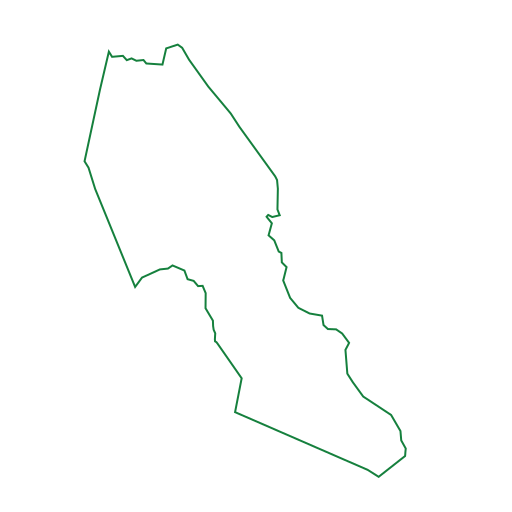 outline of Santa Rita, Guam, rotated 192°
{"feature_id": "77769853B26973637010941", "entity_name": "Santa Rita", "entity_type": "district", "adm_level": 2, "iso_a3": "GUM", "parent_name": "Guam", "parent_adm1": "", "projection": "albers", "projection_center": [144.67, 13.403], "detail": "fine", "context": "isolated", "style": "outline", "palette": "green", "viewbox_px": 512, "rotation_deg": 192, "n_neighbors": 0, "source": "geoboundaries", "source_scale": "gbopen_adm2", "svg_char_len": 1224}
<svg xmlns="http://www.w3.org/2000/svg" viewBox="0 0 512 512"><g transform="rotate(192 256 256)"><path d="M376.5,446.5L387.0,440.4L387.3,423.8L403.3,421.5L406.8,424.3L413.6,422.1L418.8,423.4L423.1,420.7L427.8,424.1L438.2,420.9L442.4,425.3L443.2,386.4L443.4,313.0L438.2,307.6L427.3,288.2L367.8,200.6L363.0,211.2L347.2,222.9L339.5,225.4L335.7,229.4L323.0,226.9L318.1,219.1L311.8,218.7L306.4,214.5L302.0,215.7L297.5,209.2L294.5,194.4L284.7,183.8L283.4,178.6L282.1,175.1L279.8,171.9L278.9,166.0L278.3,164.0L276.8,163.5L275.3,162.2L244.6,133.4L244.0,98.9L102.2,70.0L90.1,65.5L89.8,65.9L72.3,86.9L69.1,90.7L68.6,91.3L68.7,92.5L69.1,95.2L69.5,98.8L70.8,100.3L75.6,105.8L78.3,114.8L90.8,128.6L121.9,140.8L135.0,152.6L142.2,159.9L149.0,182.8L147.4,188.4L146.9,190.4L155.6,198.1L162.4,200.9L170.5,199.5L175.6,202.5L179.0,211.4L191.6,210.9L202.6,213.8L203.9,214.2L213.9,222.1L224.3,237.7L224.3,238.4L224.2,239.5L223.8,251.5L229.4,255.1L231.8,264.3L234.7,265.1L241.4,275.1L248.0,278.8L247.3,291.3L252.0,295.1L253.8,296.6L252.6,298.7L248.2,297.5L241.3,300.8L244.7,306.0L248.6,326.3L251.2,334.7L253.8,337.9L299.1,378.9L310.3,390.1L337.9,411.8L362.3,434.1L371.5,444.3L376.5,446.5Z" fill="none" stroke="#15803d" stroke-width="2"/></g></svg>